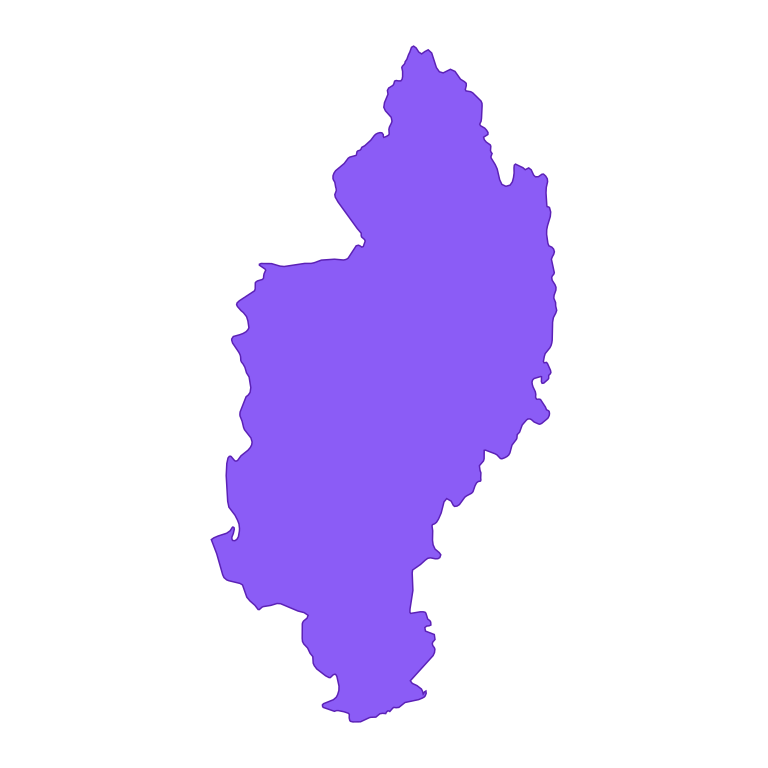 the border of Kachin
{"feature_id": "MMR-3296", "entity_name": "Kachin", "entity_type": "State", "adm_level": 1, "iso_a3": "MMR", "parent_name": "Myanmar", "parent_adm1": "", "projection": "robinson", "projection_center": [97.371, 26.091], "detail": "fine", "context": "isolated", "style": "filled", "palette": "violet", "viewbox_px": 768, "rotation_deg": 0, "n_neighbors": 0, "source": "natural_earth", "source_scale": "10m", "svg_char_len": 6091}
<svg xmlns="http://www.w3.org/2000/svg" viewBox="0 0 768 768"><path d="M383.8,137.4L386.4,136.4L388.6,135.1L389.2,134.0L388.9,129.3L389.4,127.1L391.4,123.1L392.0,121.2L391.2,117.3L385.4,110.8L383.8,107.3L384.5,102.6L388.0,94.2L387.4,90.4L388.7,88.0L392.9,85.4L393.8,84.0L394.6,81.1L396.2,80.5L398.4,80.9L400.8,80.9L402.1,79.3L402.6,76.6L402.6,71.4L401.8,67.6L402.3,66.3L404.2,64.3L404.9,63.1L405.2,61.6L406.8,59.4L408.6,54.5L409.8,52.1L411.5,47.3L413.6,46.1L416.1,47.9L418.8,52.1L421.6,53.9L424.8,51.6L428.2,49.8L431.7,53.0L436.4,67.6L439.4,71.8L443.2,72.9L450.4,69.3L455.0,71.4L460.5,79.2L464.5,81.7L466.2,83.3L466.3,85.6L465.3,89.5L466.0,90.9L470.7,91.7L472.8,92.9L481.0,101.0L482.0,103.3L482.1,105.9L481.5,118.3L481.1,121.2L479.7,124.2L480.5,125.7L484.7,128.1L486.6,130.2L488.0,132.5L487.9,134.5L483.6,137.2L484.3,139.7L486.3,142.1L490.3,144.9L490.8,146.2L490.5,150.7L491.0,152.0L492.1,153.5L490.9,156.8L491.2,158.1L495.2,164.6L497.2,169.0L499.7,179.8L501.9,184.4L505.9,186.3L510.1,185.1L512.4,181.8L513.5,177.5L514.1,173.0L514.0,167.8L514.3,165.2L515.5,164.1L523.1,167.8L525.2,169.7L528.7,167.9L531.2,169.8L533.7,175.2L535.4,176.8L538.4,176.7L542.0,174.2L543.5,174.1L545.7,176.1L547.3,178.8L547.6,181.7L546.3,187.3L546.0,192.9L546.8,205.2L547.1,206.6L548.7,207.0L549.5,207.6L550.7,212.0L550.3,216.5L547.5,225.8L546.7,229.8L546.6,234.3L547.9,243.3L548.9,245.8L551.9,247.2L553.6,249.1L554.4,251.8L553.7,254.3L552.4,256.6L551.4,259.2L554.3,272.6L553.9,274.0L552.2,276.1L551.7,277.6L552.2,280.3L555.0,284.7L556.0,287.3L555.9,290.1L554.1,295.2L553.8,298.1L555.6,302.6L555.7,306.1L556.7,310.3L555.8,313.0L553.4,317.6L552.6,322.2L552.2,340.2L551.8,342.9L551.1,345.4L549.9,347.8L545.2,353.6L544.3,356.5L543.4,361.5L544.1,362.8L546.5,362.4L547.5,363.6L550.5,370.3L550.9,372.5L550.3,373.8L548.7,375.4L548.7,378.3L548.0,379.4L543.8,383.1L542.1,383.3L541.4,381.7L541.5,376.7L540.8,376.5L534.1,378.5L532.6,380.0L532.0,382.1L532.3,384.5L533.0,386.8L535.3,391.7L535.8,394.3L535.6,397.3L536.5,399.1L537.6,399.3L539.0,399.1L540.5,399.5L545.4,407.0L546.5,409.7L548.6,410.8L549.2,411.6L549.5,413.4L549.3,415.2L548.6,416.9L547.8,418.3L541.7,423.4L539.8,424.2L538.6,424.0L534.1,422.0L531.4,419.6L529.9,418.9L527.9,419.0L526.5,420.0L522.2,425.0L519.6,432.1L517.2,434.7L516.9,438.1L516.5,439.2L512.0,445.1L509.9,452.9L508.7,455.0L507.0,456.5L504.6,457.8L501.9,458.8L500.4,458.5L496.9,454.8L495.1,453.8L485.4,450.1L484.2,450.3L484.1,458.8L483.5,460.9L479.4,465.7L480.0,470.3L480.9,472.8L480.7,478.1L480.9,480.0L480.5,481.1L478.3,481.5L476.6,482.8L475.0,485.8L473.0,491.7L471.6,493.2L466.7,495.8L464.8,497.2L459.4,504.6L457.0,506.1L454.5,506.4L453.3,505.3L451.1,501.1L446.7,498.6L444.0,501.9L441.2,512.9L438.5,519.1L436.5,522.3L434.6,523.8L432.5,524.6L432.0,525.8L432.7,530.8L432.5,540.2L433.1,544.8L435.0,549.0L439.3,552.7L440.8,554.8L439.8,557.6L437.9,558.7L435.3,558.8L430.4,557.8L427.8,558.3L425.3,560.1L420.7,564.3L412.6,570.0L412.2,573.0L412.9,590.4L410.0,609.1L409.9,612.3L410.7,613.4L420.3,611.8L423.1,611.8L425.0,612.2L425.9,613.2L427.7,619.0L429.9,620.7L430.7,622.1L430.9,625.0L429.1,625.8L426.6,626.1L424.8,627.6L425.5,631.1L434.3,634.5L435.0,639.5L432.7,642.2L432.3,643.7L432.7,645.4L434.4,647.8L434.9,649.2L434.5,652.5L433.1,655.6L410.3,680.8L412.3,683.4L417.0,685.6L421.4,689.0L422.6,691.4L423.2,694.0L424.7,691.7L425.9,691.0L426.2,693.4L425.2,695.9L424.4,696.9L422.3,698.1L418.7,699.6L405.0,702.5L398.9,707.4L396.1,707.7L393.8,707.4L392.7,708.2L389.8,711.5L388.7,710.9L387.6,711.0L386.4,712.2L385.7,713.6L382.6,713.3L379.8,713.8L375.9,717.1L370.8,717.3L369.5,717.6L360.5,721.8L352.8,721.9L350.4,721.3L349.7,720.2L349.2,717.9L349.3,714.3L348.2,713.2L344.1,711.8L338.4,710.6L336.5,710.6L334.4,711.3L323.2,707.4L322.6,706.4L322.4,704.9L323.5,703.7L333.4,699.7L336.2,697.3L337.6,694.7L338.9,690.4L339.0,686.1L336.9,676.5L336.1,675.0L335.4,674.3L334.4,674.3L333.2,674.8L330.3,677.6L329.1,677.6L325.6,675.8L316.8,669.0L314.3,665.7L313.2,663.2L312.8,656.6L310.1,653.3L307.6,648.0L303.8,644.0L302.5,641.5L302.2,638.4L302.3,623.8L302.7,622.4L303.6,621.0L307.1,618.1L308.1,615.3L304.1,612.6L297.9,611.0L280.6,603.7L277.0,603.5L270.8,605.4L263.3,606.6L262.1,607.1L259.3,609.6L258.1,609.5L254.9,605.3L250.0,601.0L246.8,597.2L242.5,584.9L239.9,583.4L228.8,580.7L226.7,579.9L224.0,577.6L222.7,574.8L216.7,553.7L211.3,539.6L213.9,537.8L218.1,536.0L226.7,533.2L230.1,530.8L232.3,527.4L232.9,527.0L234.0,527.6L234.3,529.2L233.3,533.6L231.9,537.1L231.9,538.6L232.2,539.8L232.8,540.5L234.9,540.7L237.0,539.2L238.4,536.7L239.4,531.1L239.5,528.5L239.0,524.0L237.5,520.1L235.0,515.2L228.9,507.2L227.7,501.4L226.2,475.6L226.8,463.5L228.0,458.0L229.3,456.4L230.3,456.2L231.1,456.5L234.6,460.6L235.6,461.1L236.8,460.9L237.7,460.3L241.0,455.8L248.0,450.2L250.3,447.5L251.7,444.8L252.1,442.0L250.9,437.9L244.5,429.7L243.6,427.5L242.1,421.2L240.0,415.9L239.9,414.2L240.1,412.0L246.1,396.7L248.2,395.1L250.1,392.4L250.8,387.6L249.1,377.0L246.5,372.8L244.9,367.3L243.1,364.1L241.4,361.9L240.8,360.4L240.6,356.9L240.1,354.8L238.9,352.4L232.6,343.1L231.7,340.2L231.7,339.0L233.3,336.5L239.8,334.7L243.0,333.5L246.1,331.7L248.0,329.6L248.9,327.7L247.9,320.9L246.6,316.7L243.4,312.6L241.0,310.6L237.5,306.6L236.6,304.7L237.1,302.9L239.3,300.8L254.5,290.8L255.2,289.0L255.3,282.8L256.1,281.8L257.5,280.9L262.5,279.4L263.5,278.2L263.7,275.7L264.1,273.7L265.7,270.2L265.1,269.1L259.4,265.2L259.4,264.2L261.1,263.5L271.5,263.6L280.0,266.1L284.2,266.5L304.8,263.4L311.2,263.4L314.0,262.8L321.4,260.1L334.5,259.2L343.5,260.0L345.1,259.7L346.6,259.2L348.1,258.2L356.2,245.8L358.4,245.2L359.9,245.8L361.8,247.1L363.3,246.5L365.2,241.0L364.5,239.5L361.6,237.0L361.2,235.7L361.2,233.2L357.3,228.6L338.1,202.1L335.3,197.2L334.8,194.6L336.3,190.5L336.1,188.5L335.7,187.3L334.8,182.2L333.5,180.0L333.0,178.7L333.0,175.8L334.0,173.1L335.6,170.7L344.2,163.5L348.2,158.2L349.8,157.1L356.0,155.4L356.4,154.9L357.0,151.7L357.8,150.9L360.2,150.1L360.9,149.3L361.8,147.3L364.8,145.7L370.8,140.2L374.2,135.7L375.6,134.3L377.7,133.2L380.0,132.6L381.9,132.8L383.3,134.6L383.3,136.4L383.8,137.4Z" fill="#8b5cf6" stroke="#5b21b6" stroke-width="1.5"/></svg>